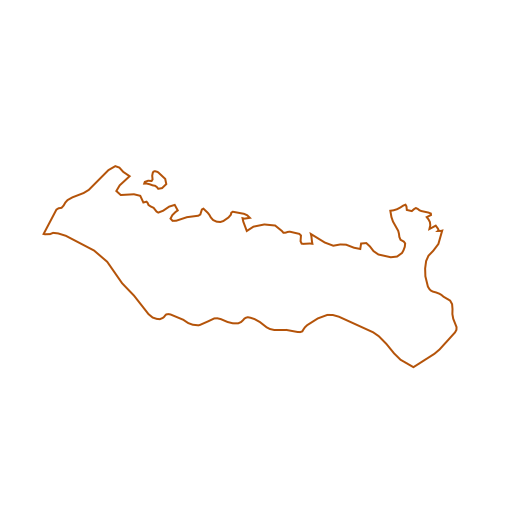 outline of Blekinge, rotated 193°
{"feature_id": "SWE-262", "entity_name": "Blekinge", "entity_type": "County", "adm_level": 1, "iso_a3": "SWE", "parent_name": "Sweden", "parent_adm1": "", "projection": "natural_earth1", "projection_center": [15.198, 56.256], "detail": "fine", "context": "isolated", "style": "outline", "palette": "amber", "viewbox_px": 512, "rotation_deg": 193, "n_neighbors": 0, "source": "natural_earth", "source_scale": "10m", "svg_char_len": 2958}
<svg xmlns="http://www.w3.org/2000/svg" viewBox="0 0 512 512"><g transform="rotate(193 256 256)"><path d="M467.9,229.7L460.9,256.3L459.1,258.1L456.3,259.2L454.8,261.9L453.8,265.2L452.2,268.1L448.0,271.9L438.1,278.6L433.8,282.8L419.1,306.5L413.3,311.9L409.0,311.4L404.3,308.1L397.1,305.3L404.7,294.2L406.7,287.9L401.5,285.0L388.8,288.7L382.3,288.6L377.8,282.8L374.9,284.3L373.5,283.3L372.2,281.5L369.8,280.6L366.6,279.9L362.9,276.9L361.0,276.3L356.7,279.2L351.7,284.6L346.7,287.5L342.5,282.8L344.3,280.8L346.7,277.0L347.7,273.2L345.2,271.5L341.7,272.4L332.0,278.3L321.2,282.3L319.6,283.9L319.2,289.1L317.9,290.3L312.8,287.3L310.8,285.7L308.7,283.4L305.9,281.4L302.1,280.6L298.4,281.1L295.7,282.7L291.5,287.3L289.8,290.5L289.8,292.6L288.6,293.9L277.2,294.4L273.7,293.7L270.6,291.8L275.6,289.8L277.6,289.8L276.1,286.6L270.6,278.3L265.1,284.0L255.0,288.6L244.2,290.0L236.4,286.2L234.5,284.8L232.4,285.4L230.5,286.6L228.5,287.3L218.8,287.3L216.8,286.1L215.9,280.4L214.3,278.3L212.5,278.5L206.3,280.3L203.8,280.6L204.7,282.6L206.5,287.8L207.5,289.8L192.0,284.6L183.0,283.4L176.5,286.2L170.8,287.3L162.4,286.1L156.0,286.3L156.4,291.8L151.4,293.4L147.1,290.9L142.6,287.2L137.1,285.0L124.4,285.1L118.4,287.2L114.4,291.8L113.6,294.6L113.1,298.4L113.5,301.8L115.2,303.3L118.8,304.3L120.6,306.8L121.7,309.8L123.1,312.5L130.3,320.4L132.8,324.4L135.3,330.3L132.4,331.4L129.1,333.3L126.2,335.8L123.9,338.2L121.9,339.6L120.6,338.2L119.4,334.8L114.3,334.8L112.5,337.3L111.0,338.7L108.8,338.2L107.0,337.3L105.0,337.0L97.8,337.1L95.2,336.7L94.7,335.3L98.4,332.3L96.2,330.5L94.2,328.2L93.1,325.2L93.1,321.3L87.7,326.0L84.9,323.6L83.8,322.1L84.4,321.3L81.2,322.1L80.3,322.6L81.0,308.7L84.5,300.9L88.0,295.1L89.1,289.4L88.4,281.9L86.4,274.3L81.6,264.8L79.4,262.6L77.7,261.6L75.6,261.1L72.4,261.0L68.9,260.5L66.6,259.8L64.1,258.5L56.8,256.2L54.1,253.2L52.6,248.5L51.6,243.6L49.7,239.2L44.6,231.8L44.1,229.1L44.9,226.3L56.2,206.1L60.1,200.9L77.6,183.1L91.8,187.4L99.6,192.2L109.1,199.6L118.2,205.4L124.7,208.0L161.6,215.5L167.9,215.8L173.3,214.6L181.7,209.1L190.6,200.1L192.3,197.5L193.3,195.0L193.9,193.0L195.8,191.8L198.5,191.3L209.6,190.8L221.6,188.0L226.1,188.0L229.6,188.9L237.3,192.5L243.2,194.2L247.4,194.6L250.2,194.5L251.9,193.6L253.2,192.4L254.2,190.5L255.7,188.3L258.2,186.4L263.5,185.2L268.9,185.3L276.1,186.6L279.7,186.6L282.6,185.8L287.9,181.6L295.0,176.3L296.5,175.5L302.2,174.8L307.0,175.4L312.5,177.5L326.1,179.8L328.2,179.7L330.3,178.9L331.2,177.5L331.7,176.3L332.2,175.5L333.0,174.6L335.5,172.8L338.6,172.4L342.9,172.8L347.7,175.2L365.9,189.9L380.3,199.3L399.7,216.9L415.0,224.9L445.8,232.9L453.9,233.5L458.9,232.9L461.6,231.0L466.5,229.7L467.9,229.7ZM375.7,302.0L378.9,302.0L381.2,301.4L381.0,303.2L378.0,305.1L374.6,305.6L374.0,307.3L375.2,310.9L375.3,313.8L374.9,315.1L373.6,315.9L371.2,315.8L370.1,315.5L361.8,310.7L359.6,305.9L362.8,301.0L366.4,299.5L368.0,300.8L370.1,301.7L372.7,301.6L375.7,302.0Z" fill="none" stroke="#b45309" stroke-width="2"/></g></svg>